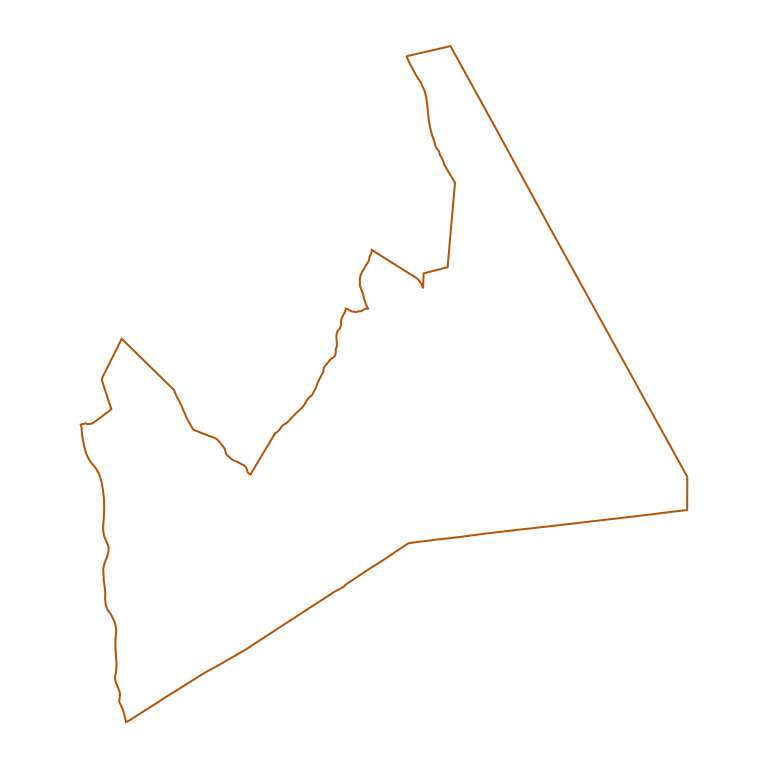 Ijara, North-Eastern, Kenya (Equal Earth projection)
{"feature_id": "3690345B80004125723360", "entity_name": "Ijara", "entity_type": "district", "adm_level": 2, "iso_a3": "KEN", "parent_name": "Kenya", "parent_adm1": "North-Eastern", "projection": "equal_earth", "projection_center": [40.405, -1.432], "detail": "fine", "context": "isolated", "style": "outline", "palette": "amber", "viewbox_px": 768, "rotation_deg": 0, "n_neighbors": 0, "source": "geoboundaries", "source_scale": "gbopen_adm2", "svg_char_len": 6067}
<svg xmlns="http://www.w3.org/2000/svg" viewBox="0 0 768 768"><path d="M80.7,424.5L81.3,426.2L81.5,427.7L82.0,433.5L82.2,435.4L82.4,436.8L82.6,437.9L82.7,438.8L83.1,440.6L83.4,442.4L83.7,443.9L84.0,445.3L84.4,447.0L85.1,449.9L86.2,453.4L86.8,454.8L87.4,456.2L88.1,457.7L88.7,458.9L89.6,460.4L90.6,462.0L91.3,462.9L91.9,463.6L93.8,465.6L94.5,466.5L95.6,468.0L97.0,470.2L97.8,471.6L98.7,473.4L99.5,475.4L100.1,477.1L100.8,479.2L100.9,479.7L101.8,483.3L102.2,485.6L102.8,488.9L103.3,492.8L103.7,496.4L104.0,499.7L104.1,503.8L104.2,507.2L104.1,510.4L104.0,514.9L103.8,518.3L103.3,524.2L103.2,525.4L103.2,527.6L103.2,529.3L103.3,530.9L103.6,533.4L103.7,533.9L104.0,535.6L104.2,536.1L104.5,537.1L105.4,539.2L106.5,541.8L107.4,543.5L107.9,544.7L108.0,545.1L108.1,545.5L108.4,546.4L108.5,546.8L108.5,547.5L108.6,548.2L108.6,549.6L108.5,551.1L108.4,551.9L108.1,553.4L107.5,555.3L107.2,556.3L107.1,556.7L105.7,560.2L105.3,561.4L104.9,562.5L104.4,564.2L103.8,566.0L103.7,566.5L103.6,567.1L103.5,567.8L103.3,568.6L103.3,569.2L103.3,570.6L103.5,573.9L103.6,576.5L103.7,578.2L103.8,580.7L103.9,581.6L104.3,584.2L105.1,590.2L105.2,590.7L105.2,591.9L105.3,594.0L105.2,595.2L105.1,596.6L105.1,597.6L105.2,599.8L105.4,602.0L105.4,602.5L105.7,604.0L105.9,605.2L106.1,605.8L106.3,606.6L106.7,607.7L106.9,608.2L107.6,609.9L108.1,610.6L109.1,612.0L110.5,613.8L111.4,615.3L112.9,618.5L113.7,619.9L114.4,621.6L114.9,622.9L115.2,623.9L115.3,624.5L115.6,625.8L115.7,626.3L116.0,627.8L116.1,629.0L116.1,629.4L116.1,629.9L116.1,632.4L115.6,638.8L115.4,641.2L115.4,642.7L115.4,647.6L116.1,656.6L116.1,658.6L116.5,661.9L116.5,663.1L116.4,666.1L116.3,668.5L116.3,669.2L116.1,671.3L116.0,671.9L115.8,673.0L115.4,674.9L115.1,676.7L115.1,677.3L115.0,678.3L115.2,679.8L115.3,680.5L115.8,682.2L116.2,683.4L117.4,686.1L117.7,687.0L118.0,687.5L119.0,690.2L119.5,691.5L119.7,692.1L119.8,692.9L119.9,693.5L119.9,694.5L119.9,694.9L119.8,696.4L119.6,698.6L119.3,700.7L119.2,701.3L119.2,701.9L119.4,702.4L119.7,702.9L120.5,704.3L121.0,705.3L121.5,706.6L121.9,707.5L122.7,709.2L123.2,710.6L123.4,711.3L124.2,714.3L124.9,717.2L125.4,719.0L125.7,720.6L125.9,721.9L128.1,721.2L133.8,717.6L142.2,712.2L143.9,711.1L145.7,710.0L148.3,708.4L155.1,704.1L156.4,703.3L158.3,702.1L162.2,699.3L167.2,696.2L173.6,692.2L176.8,690.3L187.1,683.8L189.3,682.4L191.7,680.9L205.3,672.4L221.8,663.4L240.5,652.5L245.6,649.7L254.4,643.8L272.3,632.2L308.2,608.8L326.3,597.1L334.6,591.6L343.5,587.0L345.6,584.6L368.8,569.2L377.3,563.9L385.7,558.5L388.8,556.3L391.9,554.3L395.0,552.1L398.0,550.1L403.8,546.3L406.1,544.8L408.8,543.1L431.1,540.3L435.0,539.8L460.8,536.9L473.0,535.2L485.3,533.6L521.3,529.4L554.6,525.7L593.9,521.1L637.7,516.0L655.9,513.8L675.0,511.4L687.2,510.1L687.3,477.4L687.1,476.4L686.7,475.6L686.1,474.7L544.7,218.3L498.5,133.3L450.5,46.1L408.3,55.8L406.8,56.5L407.3,58.4L408.7,61.1L410.4,64.8L411.2,66.2L412.0,67.7L412.7,69.2L414.3,71.9L415.7,74.6L418.4,78.9L421.2,83.2L421.9,85.1L423.4,88.1L424.1,89.7L424.7,91.3L425.0,92.4L426.2,96.7L426.6,101.0L427.1,103.7L427.4,106.5L427.8,109.5L428.0,112.9L428.3,115.9L429.2,122.4L429.6,124.7L430.1,127.3L430.8,130.5L432.1,135.3L433.8,139.9L434.3,141.7L435.4,145.9L436.2,147.7L436.9,148.5L439.0,151.5L439.6,153.3L440.0,155.1L441.3,157.1L441.8,158.0L442.1,158.6L443.1,161.0L443.7,162.5L444.1,164.4L448.8,172.4L455.2,182.9L454.8,185.1L447.6,267.2L423.6,273.4L423.1,288.4L422.4,286.5L422.0,285.3L421.4,283.9L420.8,283.0L419.7,281.4L418.7,280.1L417.5,278.7L371.7,249.9L371.7,251.1L371.5,252.2L371.1,253.6L370.3,255.2L369.6,256.7L368.9,259.8L368.5,261.3L368.1,262.2L367.8,262.6L367.5,263.1L366.2,264.9L365.6,265.8L364.4,268.3L363.2,270.2L362.2,271.8L361.5,273.1L360.9,274.6L360.5,275.6L360.3,276.7L360.2,277.1L359.9,278.8L359.8,279.9L359.8,280.5L359.9,281.9L359.9,284.3L360.0,285.6L360.1,286.1L360.7,287.7L361.1,289.1L361.6,290.0L362.1,291.4L362.3,292.4L363.0,293.7L363.4,294.9L363.5,296.3L364.2,299.2L365.3,302.1L365.9,304.4L367.5,307.3L368.0,308.6L366.5,308.6L365.4,308.8L364.0,309.4L362.9,310.3L362.0,310.8L361.3,311.1L360.5,311.2L358.4,311.4L357.6,311.4L356.8,311.9L355.9,312.1L355.0,311.9L354.1,311.6L353.8,311.6L352.8,311.6L351.9,311.5L350.5,310.9L348.9,309.8L347.9,309.3L345.7,308.6L345.7,309.9L345.4,311.0L344.8,312.3L344.1,313.7L342.9,315.8L342.4,316.8L341.9,317.8L341.5,319.0L341.2,320.1L341.0,322.6L340.9,325.0L340.6,326.8L340.0,328.1L337.6,331.2L337.0,332.8L336.6,334.2L336.4,335.7L336.4,337.1L336.8,343.0L336.9,344.6L336.8,345.9L336.7,346.9L336.4,347.7L335.9,348.9L335.7,350.4L335.7,353.0L335.6,354.0L335.4,354.7L334.9,355.6L334.4,356.4L333.6,357.1L332.8,357.8L332.0,358.2L331.4,358.6L330.8,359.2L329.9,360.1L325.2,365.9L324.4,366.9L323.8,368.0L323.6,369.0L323.5,370.5L323.4,371.1L323.2,372.0L323.0,372.6L322.7,373.1L320.7,376.5L320.2,377.5L318.2,381.6L317.1,384.0L316.8,385.3L316.2,387.3L315.5,388.8L315.1,389.4L314.0,391.4L312.9,393.4L312.1,394.9L310.9,396.0L308.2,398.5L307.4,399.4L305.6,402.5L304.8,404.0L303.6,405.9L302.6,407.1L301.2,408.5L298.2,411.3L297.0,412.3L293.4,415.9L290.2,419.3L289.6,420.1L288.6,421.2L287.1,422.5L285.5,423.6L284.0,424.5L282.3,425.7L281.5,426.8L279.0,430.3L277.9,431.3L276.5,432.4L275.3,433.0L250.4,474.6L249.5,473.9L248.5,473.2L247.7,472.4L247.4,471.4L247.1,470.3L246.8,469.3L246.4,468.2L245.7,466.9L244.3,465.7L243.3,465.0L242.4,464.6L241.0,463.9L239.4,463.0L238.3,462.4L237.1,461.8L236.4,461.5L235.3,461.1L234.1,460.6L232.8,459.9L231.6,459.1L230.4,458.0L229.6,457.3L228.0,455.9L227.0,455.1L226.3,454.1L225.9,453.0L225.0,449.9L224.4,448.3L223.5,447.0L222.3,445.4L221.4,444.3L220.1,442.7L218.6,440.9L217.1,439.5L216.1,438.7L215.3,438.2L204.9,434.3L193.2,429.6L191.4,426.6L190.2,424.4L189.5,423.0L188.6,421.5L188.0,420.5L187.3,419.2L186.2,416.7L185.2,414.4L183.7,411.1L183.2,409.9L181.3,405.5L180.7,404.3L180.2,403.1L177.5,398.1L176.8,396.5L176.0,394.8L175.5,393.7L174.0,390.0L137.4,354.2L136.4,353.1L125.8,342.8L121.7,338.8L102.4,377.4L101.8,380.1L111.4,409.3L95.7,421.1L94.9,421.5L93.8,422.4L92.8,423.2L91.8,423.5L90.6,423.8L89.3,424.0L88.0,424.1L86.8,423.9L85.7,423.3L80.7,424.5Z" fill="none" stroke="#b45309" stroke-width="2"/></svg>